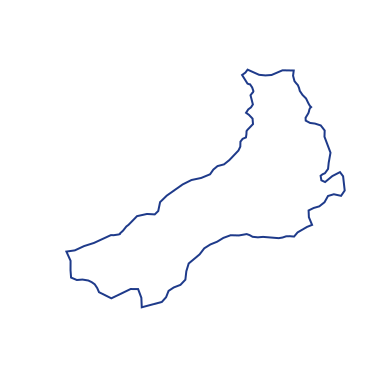 Erzincan, Albers equal-area conic projection, rotated 154°
{"feature_id": "TUR-2300", "entity_name": "Erzincan", "entity_type": "Province", "adm_level": 1, "iso_a3": "TUR", "parent_name": "Turkey", "parent_adm1": "", "projection": "albers", "projection_center": [39.186, 39.548], "detail": "fine", "context": "isolated", "style": "outline", "palette": "blue", "viewbox_px": 384, "rotation_deg": 154, "n_neighbors": 0, "source": "natural_earth", "source_scale": "10m", "svg_char_len": 1821}
<svg xmlns="http://www.w3.org/2000/svg" viewBox="0 0 384 384"><g transform="rotate(154 192 192)"><path d="M95.3,124.3L98.0,118.1L98.5,109.8L103.9,110.2L114.8,109.4L119.8,107.2L123.3,109.3L126.8,110.9L130.6,111.4L134.3,112.5L147.8,120.5L152.7,122.4L157.2,125.2L159.1,128.0L161.3,130.2L168.9,132.4L176.2,136.2L183.9,137.0L191.2,136.3L198.5,136.8L205.7,136.0L212.5,132.6L226.3,129.2L231.8,123.3L236.4,116.1L243.1,113.6L250.2,114.2L256.4,113.4L261.4,108.8L267.3,106.4L287.7,110.4L283.9,119.1L283.0,128.4L289.7,131.7L311.1,131.8L319.5,142.7L319.3,147.2L319.9,151.7L321.7,155.0L324.0,157.9L328.8,161.3L334.1,163.4L338.2,168.1L335.5,174.9L331.3,183.4L331.0,193.5L322.9,190.9L312.7,190.7L302.5,189.2L283.8,188.8L281.3,187.5L276.6,186.0L275.3,185.8L274.9,186.3L270.9,187.5L266.1,189.8L263.5,190.3L252.0,194.4L242.1,192.0L235.3,188.2L230.7,189.7L225.1,196.9L216.3,199.8L197.1,202.9L187.2,203.0L177.6,200.6L168.0,200.0L163.0,202.8L157.7,204.1L151.1,202.8L144.5,204.3L132.1,208.9L128.7,211.6L126.4,216.0L123.2,217.6L119.6,217.4L117.8,220.0L116.3,222.8L114.8,223.6L107.4,226.3L105.4,231.4L107.0,236.4L108.7,239.5L105.2,241.6L101.9,242.2L98.9,244.0L97.0,253.3L94.2,254.7L93.6,254.8L92.6,255.7L92.1,259.5L92.6,263.3L93.6,264.0L94.6,265.1L95.7,275.2L91.7,275.9L88.4,277.6L80.3,267.9L74.9,264.6L69.2,262.3L57.3,261.7L47.3,256.6L50.2,252.2L51.3,246.7L50.7,244.1L50.0,241.6L50.2,238.5L50.8,235.6L50.1,230.7L48.5,226.1L48.5,220.6L48.3,217.8L47.7,216.1L49.3,215.6L50.5,214.5L51.6,213.1L52.9,211.8L57.4,208.9L58.5,206.3L55.6,202.3L51.5,199.6L47.1,195.4L45.8,189.1L48.7,183.6L50.3,166.6L56.3,158.4L59.6,153.1L64.3,150.6L66.9,150.7L69.3,150.2L70.6,145.8L68.0,142.6L58.9,144.8L50.3,145.0L49.3,139.9L54.1,126.4L59.7,123.2L65.5,127.8L71.5,128.8L77.4,124.7L83.9,123.3L89.6,124.3L95.3,124.3Z" fill="none" stroke="#1e3a8a" stroke-width="2"/></g></svg>